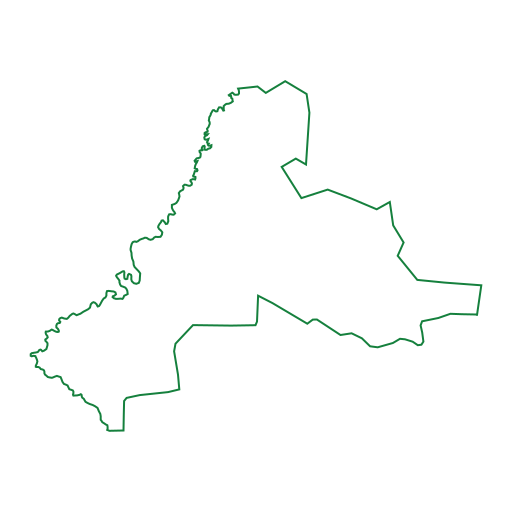 outline of Ani, Shirak, Armenia
{"feature_id": "60910142B64012193022173", "entity_name": "Ani", "entity_type": "district", "adm_level": 2, "iso_a3": "ARM", "parent_name": "Armenia", "parent_adm1": "Shirak", "projection": "equal_earth", "projection_center": [43.671, 40.552], "detail": "fine", "context": "isolated", "style": "outline", "palette": "green", "viewbox_px": 512, "rotation_deg": 0, "n_neighbors": 0, "source": "geoboundaries", "source_scale": "gbopen_adm2", "svg_char_len": 5893}
<svg xmlns="http://www.w3.org/2000/svg" viewBox="0 0 512 512"><path d="M238.1,88.6L238.8,90.3L239.0,91.8L239.0,93.5L238.1,94.6L235.8,94.8L234.3,94.6L233.5,93.5L232.8,93.0L232.3,92.7L228.8,95.1L229.3,95.8L230.7,95.9L231.0,95.9L231.2,96.7L231.2,97.9L232.3,98.6L232.4,99.1L232.5,100.2L232.8,101.4L231.0,102.7L230.9,102.8L228.8,103.7L226.3,103.9L224.9,104.9L223.7,106.1L223.7,108.8L223.6,109.1L224.0,110.4L223.3,110.6L222.6,109.4L222.3,108.9L221.5,107.7L220.3,107.3L219.0,107.4L218.6,108.2L217.9,109.3L217.7,110.0L217.6,110.4L217.4,111.2L216.0,111.5L215.0,111.0L214.0,110.1L212.8,110.3L212.4,110.9L211.8,112.1L210.8,113.7L210.8,114.5L210.2,115.8L209.3,117.2L209.1,119.2L208.8,120.4L209.6,122.1L209.7,123.1L209.7,124.0L209.2,125.1L208.6,126.8L207.0,128.8L207.2,129.7L207.7,130.8L207.6,131.7L206.8,132.0L205.5,132.3L204.6,133.0L204.6,134.2L205.5,134.3L207.8,134.2L207.0,135.2L204.9,136.2L204.3,137.6L204.7,139.3L205.8,139.7L207.1,139.5L208.5,138.9L208.3,139.5L207.9,140.7L207.0,142.1L207.6,143.4L208.7,143.6L207.9,144.8L208.5,145.6L210.0,145.7L211.4,145.2L211.3,147.0L210.0,148.3L208.3,148.7L206.8,149.8L205.0,149.8L204.6,149.3L204.4,149.1L204.7,146.4L204.3,145.8L202.7,146.3L201.8,147.9L201.8,148.8L202.5,150.1L201.9,150.4L200.4,150.3L199.5,150.8L199.6,152.0L200.7,153.5L200.7,154.3L200.6,155.3L200.6,155.5L200.4,156.9L199.7,157.7L196.6,158.4L195.5,159.7L194.6,160.8L195.1,161.8L196.4,161.4L197.4,161.1L196.8,162.5L195.9,163.9L195.1,166.0L194.7,168.3L195.7,168.8L197.1,169.1L197.5,170.4L197.0,171.2L194.8,171.2L194.5,172.3L193.8,174.5L193.1,175.8L193.3,176.5L195.4,176.9L195.5,178.2L195.1,179.5L194.2,179.3L192.8,179.1L190.7,180.0L190.4,180.3L190.4,181.0L191.5,182.4L191.9,183.3L191.7,184.7L190.2,185.7L189.0,185.8L187.8,185.5L185.9,184.8L184.5,184.7L183.0,186.1L183.5,187.7L183.6,187.9L183.1,189.6L181.4,190.6L180.8,190.9L180.1,191.3L178.8,193.1L179.2,194.5L179.5,196.5L178.9,198.3L178.1,200.4L176.4,202.9L174.6,204.0L171.9,204.9L171.9,207.8L172.7,209.7L173.6,211.1L174.4,212.0L175.1,213.4L173.7,214.7L172.1,214.6L171.6,214.4L170.7,214.2L169.2,214.3L168.4,215.8L168.1,216.8L168.1,218.8L168.3,221.2L167.3,223.7L165.8,224.0L164.7,222.2L162.9,220.3L161.6,220.6L161.0,222.1L159.5,224.0L158.4,225.9L158.1,227.2L159.1,229.0L160.9,230.5L162.3,232.3L161.9,234.7L160.5,236.8L157.9,237.0L155.6,236.8L154.1,237.6L152.7,239.2L150.5,239.8L150.2,239.7L148.8,239.3L146.7,237.9L144.9,237.7L143.2,238.5L141.8,238.9L139.7,239.8L137.8,241.3L136.2,241.9L135.4,241.5L134.4,241.5L132.7,242.2L131.6,244.2L131.0,246.6L130.6,248.7L130.6,250.0L131.5,252.9L131.6,255.4L132.1,258.5L133.4,261.6L133.7,264.9L134.6,267.0L136.5,269.0L138.6,271.2L139.6,272.5L140.2,273.4L139.9,277.2L139.7,280.5L138.8,282.9L137.1,283.5L136.3,283.8L133.9,283.2L131.9,281.3L131.3,279.4L131.4,276.1L131.0,274.8L129.0,273.9L128.1,274.7L127.7,276.4L127.3,278.6L127.3,278.8L125.9,279.2L124.6,278.6L124.3,277.3L124.3,277.2L124.2,274.6L124.4,272.3L124.2,271.9L123.8,271.2L123.0,271.4L122.6,271.4L119.8,273.1L116.8,274.6L116.1,275.8L116.8,277.1L118.0,278.6L118.2,278.8L119.5,280.7L119.4,282.1L120.1,284.5L121.1,286.0L123.2,286.7L125.3,287.6L126.4,288.9L127.3,290.8L127.7,294.0L126.3,294.8L124.2,295.7L123.3,297.9L122.5,298.9L121.2,298.7L120.5,298.6L118.5,298.8L116.0,298.9L114.5,298.4L114.0,298.3L112.6,297.1L112.8,296.3L114.2,295.8L115.8,294.5L116.0,294.3L115.4,292.4L113.7,291.5L111.6,291.3L110.3,291.1L108.5,290.9L107.0,291.1L106.4,293.1L106.4,295.6L105.4,297.5L103.7,298.5L102.2,300.6L100.8,303.2L100.0,304.7L99.1,306.0L97.8,306.5L97.2,305.7L96.7,304.4L94.9,302.7L93.4,302.2L92.2,302.8L90.8,304.3L90.4,305.9L90.2,306.8L90.0,307.6L88.2,309.2L87.6,309.5L86.7,310.0L83.4,311.7L80.3,313.8L80.1,313.8L76.6,315.2L75.7,314.7L75.3,314.4L73.5,313.5L72.4,313.8L69.7,315.9L68.3,317.7L66.8,318.9L64.2,318.5L61.8,317.6L60.3,318.1L59.2,319.2L59.1,320.4L60.3,321.9L59.7,323.0L58.0,323.2L56.9,324.0L56.3,325.7L56.4,327.5L57.2,328.2L57.8,328.7L58.8,330.5L58.8,331.6L57.9,332.0L56.3,331.8L54.7,331.1L53.1,330.2L52.4,329.8L51.6,329.6L49.7,330.9L48.0,331.5L45.8,331.6L45.6,332.8L46.1,334.4L47.4,336.1L47.7,337.4L46.6,338.6L45.3,339.5L45.4,340.8L46.0,341.4L46.6,342.0L47.5,343.2L47.5,345.2L46.4,349.0L44.0,350.7L42.3,351.3L41.0,349.8L40.4,349.6L39.3,350.0L38.5,351.2L37.7,352.1L36.6,352.3L35.8,352.5L34.3,352.7L31.7,353.2L30.7,354.1L30.7,355.8L31.7,356.3L33.4,355.8L35.3,356.1L35.3,356.3L35.9,357.2L36.9,359.6L37.4,361.4L37.0,362.9L36.8,363.6L35.8,365.7L35.8,366.8L36.4,367.0L36.6,367.0L38.3,367.0L39.6,367.6L40.8,369.1L42.7,369.5L44.0,370.4L44.4,371.6L44.4,373.3L45.0,374.6L46.2,375.5L47.8,377.0L49.4,377.4L51.9,377.8L53.1,377.4L54.9,376.6L56.9,375.9L58.6,376.5L60.6,377.1L61.4,379.0L62.5,381.9L63.9,383.9L66.0,384.7L67.6,385.5L68.3,387.1L69.1,388.7L69.3,389.2L69.9,389.4L70.9,389.7L72.8,390.4L73.4,391.5L73.4,393.3L73.2,393.8L73.0,394.8L73.4,395.6L74.5,395.5L75.0,395.5L77.1,395.4L79.4,394.9L80.8,394.2L81.6,394.9L81.8,396.7L82.3,397.7L83.8,398.8L84.5,400.1L85.5,401.8L87.4,402.9L89.7,404.0L92.7,405.0L95.0,406.2L97.5,407.9L98.1,409.3L98.8,411.1L100.3,413.9L100.7,416.2L100.7,419.8L101.5,420.8L102.3,422.2L104.1,423.3L105.8,424.5L107.3,425.2L107.5,426.1L107.6,427.2L107.6,428.7L107.2,429.9L109.4,430.8L123.5,430.5L123.8,413.7L124.1,401.0L126.6,397.9L139.7,395.1L168.1,392.1L179.3,389.4L178.0,374.7L174.1,351.3L175.5,343.7L193.0,325.1L231.1,325.6L255.5,325.2L257.0,321.6L258.1,295.7L272.5,303.1L307.3,323.7L312.8,319.6L316.9,319.5L340.5,335.0L351.6,333.3L361.9,338.3L370.1,346.3L377.7,347.3L392.9,343.0L400.0,338.8L405.0,339.3L412.7,341.7L417.8,345.2L421.4,344.7L423.4,341.6L422.2,332.5L420.6,325.4L422.1,321.3L438.3,318.0L450.4,313.8L461.6,314.2L476.8,314.5L476.9,315.7L481.3,285.3L444.7,282.6L417.3,279.9L397.7,255.8L403.6,242.5L393.2,225.4L389.8,202.0L376.7,209.3L351.2,198.5L327.7,189.6L301.4,198.1L281.7,166.9L295.8,158.6L306.0,164.5L309.4,112.7L306.6,94.0L285.2,81.2L265.8,92.9L257.5,86.5L251.4,87.2L238.1,88.6Z" fill="none" stroke="#15803d" stroke-width="2"/></svg>